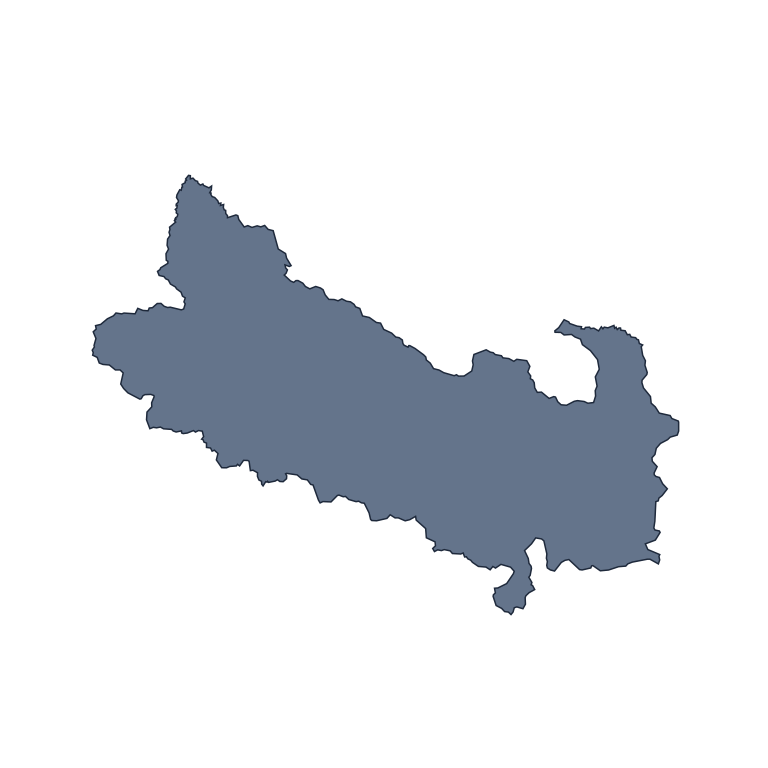 Muong Nhe, Điện Biên, Vietnam (Mercator projection), rotated 340°
{"feature_id": "81297802B77284470547112", "entity_name": "Muong Nhe", "entity_type": "district", "adm_level": 2, "iso_a3": "VNM", "parent_name": "Vietnam", "parent_adm1": "Điện Biên", "projection": "mercator", "projection_center": [102.423, 22.263], "detail": "fine", "context": "isolated", "style": "filled", "palette": "slate", "viewbox_px": 768, "rotation_deg": 340, "n_neighbors": 0, "source": "geoboundaries", "source_scale": "gbopen_adm2", "svg_char_len": 6171}
<svg xmlns="http://www.w3.org/2000/svg" viewBox="0 0 768 768"><g transform="rotate(340 384 384)"><path d="M640.4,435.8L637.8,433.3L638.2,429.5L636.9,428.5L636.3,426.5L632.3,424.4L631.9,421.4L629.5,420.9L628.8,416.4L625.0,414.5L625.4,412.3L624.0,411.7L621.8,412.6L621.5,410.0L619.8,410.5L620.1,407.6L613.6,407.8L610.4,405.9L608.6,407.0L607.8,404.6L603.8,407.5L600.3,403.3L597.1,402.6L596.6,400.9L592.6,399.7L591.2,400.9L588.1,399.5L589.2,397.7L585.3,395.7L579.1,390.6L578.9,388.9L575.2,385.2L567.5,390.8L562.7,392.5L562.4,393.9L567.8,396.0L570.0,399.5L577.2,401.6L579.5,405.1L584.0,409.1L583.9,414.9L589.4,423.2L593.0,434.1L591.3,443.8L585.0,449.6L583.5,458.9L580.2,462.5L578.7,467.7L574.6,473.1L569.0,471.8L566.1,468.9L560.1,465.8L556.8,465.3L548.3,466.4L543.3,464.1L541.2,460.1L540.7,454.9L539.2,453.9L534.2,454.0L529.2,445.5L525.2,444.3L524.3,439.2L525.6,434.2L525.1,431.1L523.3,429.1L524.6,426.6L523.3,421.8L527.1,417.3L526.1,410.9L517.2,406.2L513.8,407.1L510.0,402.8L504.7,400.1L504.0,397.6L498.6,394.4L497.3,391.9L494.9,390.5L491.7,386.8L478.6,387.0L475.0,392.6L474.4,396.4L470.9,401.8L462.0,403.9L456.7,402.1L455.3,400.1L452.8,400.2L444.0,393.8L440.5,389.7L435.8,386.5L434.6,380.2L432.0,375.9L432.5,372.9L431.2,370.1L425.3,361.2L421.4,356.8L420.4,356.4L419.2,357.6L416.1,354.4L415.6,352.4L416.3,348.9L414.0,345.6L411.1,343.9L408.6,338.8L402.4,332.6L401.6,325.6L397.9,323.6L393.0,316.5L387.1,312.7L387.1,304.7L383.7,301.8L383.1,298.9L380.6,295.3L377.1,293.4L373.5,289.6L369.3,290.1L366.1,287.6L361.1,285.6L359.2,280.1L359.0,274.6L357.2,272.1L353.2,269.0L346.8,269.2L343.5,265.5L342.2,261.5L338.6,257.4L336.6,256.7L333.9,257.6L331.4,255.2L327.5,247.5L329.8,246.5L332.3,243.7L331.3,241.4L331.7,238.2L335.2,241.2L337.2,241.0L335.5,232.4L336.1,227.8L330.8,221.0L332.3,202.0L328.0,199.1L326.1,194.2L322.0,194.2L318.9,192.0L313.5,191.7L310.2,188.6L306.3,188.6L303.8,179.7L304.2,175.8L302.7,174.5L293.8,174.2L294.5,172.2L293.6,169.7L294.6,166.7L293.4,165.7L293.4,163.1L294.7,160.5L291.4,160.3L292.6,158.2L290.4,157.8L290.5,155.1L288.7,150.8L286.6,149.1L286.1,146.5L286.8,145.5L285.6,144.7L288.1,142.6L289.7,139.0L286.6,139.8L282.4,135.7L282.2,134.1L279.5,134.3L277.9,131.6L278.1,129.8L276.3,128.4L274.9,125.2L272.2,125.0L273.3,122.0L271.7,121.1L267.7,123.5L268.2,124.9L266.5,125.4L266.1,126.8L262.5,127.4L262.0,130.0L261.3,130.0L259.7,132.6L258.5,131.6L254.1,135.5L252.8,137.8L253.5,141.3L252.8,142.7L250.3,143.9L249.7,145.3L250.8,145.5L249.5,147.9L247.6,148.5L248.2,150.3L247.3,152.1L248.3,153.9L247.0,156.0L245.2,156.4L244.1,157.4L244.8,157.9L242.9,158.8L243.6,160.6L236.1,163.3L235.7,165.6L233.9,167.9L233.7,171.3L230.2,173.8L227.6,179.5L227.7,183.5L223.7,187.0L221.7,193.3L222.9,194.8L222.1,196.7L214.0,198.4L212.5,199.9L209.7,200.7L209.8,205.1L214.0,207.8L214.8,210.4L216.9,212.5L217.5,217.0L221.2,221.5L221.6,223.6L224.7,228.3L224.7,232.5L226.7,235.1L224.1,238.4L224.6,240.7L221.4,245.0L218.9,245.0L209.4,238.7L206.8,238.1L204.0,235.8L202.0,232.0L198.4,230.8L192.5,233.1L189.4,232.3L187.3,234.5L182.6,232.4L178.5,228.7L174.1,232.9L163.9,228.4L161.5,228.4L156.4,225.6L153.1,227.4L146.4,228.1L138.2,231.1L132.9,230.5L132.4,233.9L128.6,235.5L128.9,242.7L124.7,248.6L124.5,250.2L121.4,252.4L121.5,255.1L120.1,257.3L123.6,260.9L123.6,266.9L126.6,269.5L132.4,272.2L136.4,278.9L140.8,280.5L142.7,284.4L136.6,294.0L137.8,299.2L140.3,304.7L149.4,314.7L150.8,314.8L153.4,312.6L155.6,312.2L161.3,314.0L163.8,316.1L163.6,317.4L159.2,322.2L158.0,326.0L151.7,329.3L148.6,336.4L148.7,345.9L152.4,345.8L155.3,347.4L159.2,348.0L161.5,350.7L168.9,354.0L169.8,356.0L172.2,358.0L177.6,358.8L177.1,360.8L178.3,361.9L182.4,362.8L189.0,362.6L190.4,364.7L193.8,364.3L197.1,366.2L196.5,371.8L193.8,373.5L194.9,374.4L195.0,377.1L197.0,378.8L195.5,382.9L199.1,384.8L199.5,388.3L202.0,388.2L204.2,392.5L200.5,398.0L202.9,407.2L207.5,408.9L210.8,408.7L217.2,410.5L218.9,409.4L220.3,411.6L225.9,407.7L229.9,409.3L230.8,410.5L228.8,419.7L231.4,420.2L234.8,424.1L233.5,427.5L233.6,431.4L235.6,433.5L234.8,436.3L235.5,438.4L239.5,435.3L240.5,436.2L241.3,435.6L241.9,437.0L248.6,438.0L251.1,437.5L252.8,440.0L255.8,441.3L260.0,439.7L261.2,437.0L260.8,434.7L261.8,434.6L271.3,439.7L274.3,445.1L279.2,447.9L280.8,453.3L282.8,454.6L282.7,470.7L283.3,473.9L286.4,473.6L293.9,476.7L302.1,472.8L303.7,473.0L307.1,476.0L309.4,476.5L311.4,480.5L317.5,485.0L320.1,485.5L322.1,487.9L324.7,489.3L325.9,500.0L325.1,506.6L325.8,508.1L330.3,510.0L340.8,511.3L345.1,509.0L348.6,513.6L351.7,514.7L357.1,519.8L361.8,520.3L368.4,519.2L367.7,522.9L373.7,534.1L371.2,543.0L378.0,549.8L377.0,553.7L373.5,555.2L374.1,558.7L377.7,558.2L381.0,560.2L383.9,560.2L389.1,563.4L390.3,566.7L398.0,570.0L400.6,569.9L400.6,574.1L402.3,574.5L403.0,577.0L405.2,579.2L406.1,581.8L410.3,587.7L417.2,590.9L420.2,594.9L423.9,592.7L425.8,595.1L432.2,593.5L440.3,599.4L442.3,604.5L440.6,606.6L431.0,613.5L421.2,614.6L418.0,613.7L417.2,618.4L414.7,619.5L413.9,620.9L413.6,630.5L417.8,635.1L419.5,639.1L422.9,640.9L424.5,644.1L427.3,642.4L429.9,638.8L432.6,638.9L437.7,642.7L441.6,639.3L443.6,633.0L444.9,631.5L449.0,629.7L455.3,628.7L454.7,624.2L453.6,623.0L455.1,621.1L454.0,615.1L455.9,613.8L459.5,607.8L459.9,605.5L458.9,602.2L459.9,597.3L459.1,588.6L468.0,584.6L473.9,580.5L479.1,583.5L480.6,586.1L478.9,599.4L477.0,603.3L476.8,606.7L474.9,610.1L474.6,612.7L476.7,615.6L480.3,618.1L489.6,612.3L493.8,611.6L497.7,612.2L504.3,625.3L506.6,626.5L515.4,627.6L516.9,625.9L518.2,626.1L523.4,633.5L531.4,635.6L541.9,635.9L548.9,637.8L551.6,636.4L556.4,636.3L571.5,638.7L574.0,639.6L580.3,646.9L582.9,643.6L583.4,640.1L584.8,638.6L575.3,629.8L574.9,623.6L585.6,623.5L592.7,617.9L592.5,616.3L588.7,613.9L588.3,611.6L591.6,605.6L599.2,587.5L601.8,587.6L603.2,585.3L607.3,583.9L614.4,579.4L611.7,573.0L610.9,566.1L607.9,563.9L606.9,561.8L607.4,560.0L612.4,555.1L609.7,548.4L610.6,544.9L614.5,542.9L617.9,537.5L623.5,534.4L631.5,533.3L634.8,531.8L642.1,532.3L644.8,529.0L647.8,520.7L647.9,519.5L642.7,514.9L642.1,511.5L632.7,505.5L631.1,498.3L628.5,493.4L630.1,486.9L626.5,476.5L626.8,471.0L627.8,468.7L634.2,465.0L635.3,463.2L635.6,455.6L637.6,451.6L636.9,445.5L638.5,436.9L640.4,435.8Z" fill="#64748b" stroke="#1e293b" stroke-width="1.5"/></g></svg>